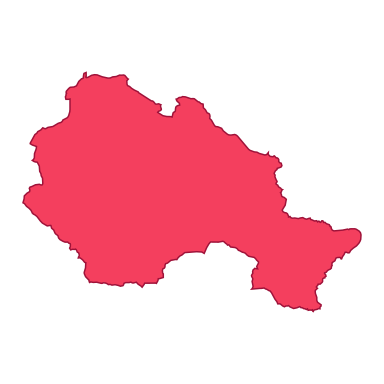 the district of Junin, Manabi, Ecuador
{"feature_id": "8360857B31956195822204", "entity_name": "Junin", "entity_type": "district", "adm_level": 2, "iso_a3": "ECU", "parent_name": "Ecuador", "parent_adm1": "Manabi", "projection": "albers", "projection_center": [-80.172, -0.94], "detail": "fine", "context": "isolated", "style": "filled", "palette": "rose", "viewbox_px": 384, "rotation_deg": 0, "n_neighbors": 0, "source": "geoboundaries", "source_scale": "gbopen_adm2", "svg_char_len": 5938}
<svg xmlns="http://www.w3.org/2000/svg" viewBox="0 0 384 384"><path d="M116.3,76.5L112.6,76.9L110.2,78.0L108.0,78.1L102.2,76.8L97.2,74.9L94.5,74.7L91.6,75.3L87.8,77.4L86.4,77.6L85.7,77.0L86.2,76.2L86.1,72.5L84.0,73.4L83.7,74.4L83.2,78.1L82.7,78.5L81.5,78.8L78.8,81.4L76.5,85.8L73.9,87.0L70.2,87.3L68.7,88.5L66.3,91.3L66.1,92.4L66.6,93.2L66.1,93.8L66.0,95.5L65.4,96.8L65.8,99.1L65.9,99.3L68.8,99.3L70.0,99.0L70.0,109.5L69.8,111.7L68.7,115.5L68.0,116.9L67.0,117.9L62.9,120.0L62.4,121.2L61.3,122.3L58.2,123.3L52.9,126.5L47.9,127.4L45.7,128.7L44.6,128.6L42.8,127.8L40.8,130.0L37.8,131.6L36.8,133.2L34.9,134.6L30.3,143.0L30.2,143.7L32.3,145.0L36.5,146.5L36.2,148.9L34.5,153.6L34.3,158.0L33.4,159.6L32.3,160.4L34.0,161.5L35.5,162.0L37.1,162.1L37.6,162.8L39.3,166.1L39.7,171.4L40.9,173.6L41.2,175.8L42.5,178.1L42.8,183.4L42.4,184.6L41.9,185.0L40.7,184.9L39.4,184.3L35.4,184.8L31.9,186.5L30.0,187.1L29.3,188.3L29.9,190.2L29.6,191.6L27.0,193.2L24.3,195.9L24.1,198.9L23.1,202.3L23.0,202.8L24.5,203.6L26.5,206.3L29.1,208.3L31.1,210.4L32.4,213.2L32.9,213.3L33.2,214.0L34.8,214.8L36.9,216.4L40.3,220.9L42.4,223.1L47.2,225.9L50.3,225.4L50.9,225.5L51.6,228.2L53.7,230.0L54.9,232.9L55.6,233.9L57.9,235.6L58.6,238.0L60.0,239.6L63.0,241.3L65.0,242.1L67.8,242.1L68.7,243.1L70.2,243.7L70.4,244.4L70.3,246.7L69.6,248.1L70.7,249.9L72.3,249.3L74.9,249.4L75.5,249.1L76.3,249.7L77.3,252.1L78.6,252.8L79.2,254.6L79.2,256.0L78.4,257.2L78.3,258.0L79.1,257.8L80.1,257.9L82.6,259.8L84.7,262.4L85.8,262.7L85.5,268.0L84.2,272.4L84.3,273.7L85.6,276.7L88.9,280.1L89.3,282.0L89.7,282.5L90.7,281.9L93.2,282.4L96.6,282.2L101.2,283.3L102.2,283.3L103.3,282.8L105.4,283.0L107.4,283.8L108.3,284.6L110.2,284.4L111.9,285.1L115.1,284.7L118.2,285.4L120.4,286.2L122.9,285.7L123.5,284.9L124.0,283.3L125.7,282.6L129.0,282.6L130.8,282.1L132.3,282.9L133.4,283.0L136.3,282.2L138.1,284.2L140.8,285.9L142.1,287.2L144.2,284.3L144.6,283.2L155.7,283.1L156.4,283.4L157.9,280.7L158.3,278.7L159.3,278.7L163.3,277.5L163.3,273.9L162.6,272.9L162.4,270.3L163.0,268.7L164.2,268.2L164.7,267.6L165.0,266.5L165.0,265.3L165.6,263.7L167.5,263.1L170.8,260.4L175.4,259.5L176.9,259.6L178.1,257.7L179.9,256.0L182.1,254.9L184.7,252.6L196.6,251.7L201.8,252.0L204.2,253.4L206.7,247.6L208.8,244.0L210.5,242.0L218.5,242.1L222.9,241.3L224.1,241.8L225.4,243.1L227.0,244.3L227.5,245.1L228.8,244.8L230.6,247.0L235.4,247.6L237.2,248.7L238.4,250.3L239.6,250.7L242.3,252.2L243.7,252.5L245.3,253.2L247.1,255.1L248.8,256.3L254.2,257.4L255.6,258.7L256.6,260.1L258.5,261.9L258.4,263.2L256.7,266.5L257.6,268.8L254.6,268.4L254.3,268.9L253.1,269.9L252.6,271.6L252.8,273.2L251.5,275.4L251.7,276.5L252.7,278.4L252.7,279.5L252.1,281.4L253.1,286.4L252.3,288.4L251.7,289.1L259.8,288.4L261.1,288.4L264.2,288.0L265.4,288.9L266.8,289.3L268.9,290.6L270.0,290.9L271.5,292.7L275.0,299.2L276.9,301.7L277.8,303.9L279.6,303.8L280.5,304.1L282.6,305.9L284.4,306.8L285.9,306.0L287.4,306.0L288.5,305.6L290.0,306.9L293.6,308.5L296.9,307.8L299.8,306.6L300.8,307.6L302.5,307.8L303.6,308.6L305.1,308.8L306.4,309.5L307.5,308.9L308.1,310.3L310.0,310.0L311.4,310.2L312.3,309.8L312.8,311.2L313.2,311.5L314.1,310.0L317.2,309.3L318.4,308.6L320.0,308.8L319.9,307.3L321.0,306.1L321.1,304.8L317.6,302.3L316.8,300.4L316.8,297.4L315.4,293.4L315.2,291.2L315.4,290.3L317.5,288.3L316.5,287.5L316.5,286.5L317.7,285.5L318.1,284.2L320.2,284.1L322.2,282.3L322.6,281.5L322.6,279.3L322.9,278.6L323.8,278.0L324.8,277.9L325.1,276.8L326.0,276.3L325.7,274.8L324.6,273.6L324.6,272.8L326.3,272.2L327.4,270.7L328.5,269.9L330.2,269.2L331.3,268.2L331.5,266.2L332.1,265.7L331.9,264.2L332.2,262.6L334.9,260.8L336.0,258.1L337.1,257.6L339.8,257.4L340.4,257.7L341.1,258.9L341.6,258.9L342.5,256.7L344.0,254.6L345.1,252.3L346.3,252.2L348.0,252.9L349.4,252.7L350.7,250.4L353.3,248.1L356.5,245.9L358.9,243.2L360.1,241.1L360.7,239.5L361.0,234.9L360.5,232.8L359.3,231.2L356.2,229.2L354.8,228.8L351.6,228.8L349.8,228.9L348.9,229.6L347.6,229.1L342.8,230.1L334.0,230.9L332.3,230.2L331.3,228.4L331.1,227.0L330.5,226.3L330.1,226.4L329.3,224.7L326.4,223.7L324.9,222.3L323.7,222.5L322.8,220.8L321.8,220.8L320.8,222.2L320.3,222.4L318.9,221.1L317.6,221.9L316.7,220.7L314.5,221.0L311.6,219.7L310.6,219.5L310.2,218.1L308.7,218.4L306.7,219.2L304.8,218.7L302.8,217.6L300.2,218.0L298.4,218.6L294.7,218.0L292.4,218.2L290.9,217.7L290.0,216.5L289.0,217.0L288.6,217.0L288.7,216.5L287.4,213.7L286.2,212.9L284.6,212.6L283.0,211.7L282.2,210.1L285.2,205.2L286.3,199.3L284.3,197.5L282.1,196.6L281.7,196.1L281.3,194.2L280.5,192.6L281.2,192.2L281.8,190.3L282.5,189.6L281.6,189.4L280.6,188.1L278.5,186.8L277.8,185.2L276.2,184.2L276.0,183.8L276.2,182.9L277.0,181.9L277.1,181.5L276.1,179.7L274.9,176.7L275.1,175.1L274.2,173.7L274.2,173.2L275.4,170.8L277.0,169.5L277.2,168.4L281.0,167.1L281.9,165.7L281.2,163.2L279.8,162.8L278.7,161.5L278.8,159.8L278.2,158.6L277.0,157.8L276.2,157.9L274.4,155.9L274.0,155.9L273.5,156.5L272.9,156.7L270.2,156.4L268.2,154.4L268.3,152.6L266.6,154.6L264.9,155.0L259.2,153.4L257.0,152.2L254.3,151.9L250.1,150.4L248.6,149.3L237.5,136.1L236.3,135.1L234.7,134.5L230.9,135.1L228.8,134.9L227.5,134.3L223.3,130.9L221.6,128.3L217.9,126.8L215.4,126.5L214.1,124.9L211.4,120.1L209.7,118.5L210.0,116.2L209.6,114.4L209.0,113.6L207.1,112.8L205.4,109.7L203.4,107.8L203.1,104.1L201.0,103.6L199.2,102.0L198.1,101.8L194.4,98.8L193.4,98.6L190.9,98.7L185.5,96.9L182.5,96.6L181.3,97.3L179.1,97.5L177.0,99.0L176.2,99.0L176.2,99.5L177.0,101.1L179.4,103.3L179.7,105.1L177.7,105.6L176.5,106.3L175.9,107.0L175.6,108.0L175.3,111.1L174.7,111.8L173.6,112.3L173.1,112.9L172.1,117.0L170.6,116.6L166.7,116.5L162.9,115.7L157.7,112.4L158.4,111.4L160.6,110.5L161.3,109.6L161.3,108.9L160.6,106.7L160.6,105.1L160.9,104.8L158.7,103.8L156.4,104.2L155.4,104.0L154.0,102.2L152.7,101.0L151.4,100.9L149.3,99.6L138.6,92.7L138.2,91.9L134.4,90.1L131.7,88.4L129.6,86.5L127.6,85.6L127.0,84.2L126.8,80.8L128.3,79.1L127.5,78.6L124.9,75.5L123.7,75.0L121.5,75.2L119.6,75.1L116.3,76.5Z" fill="#f43f5e" stroke="#9f1239" stroke-width="1.5"/></svg>